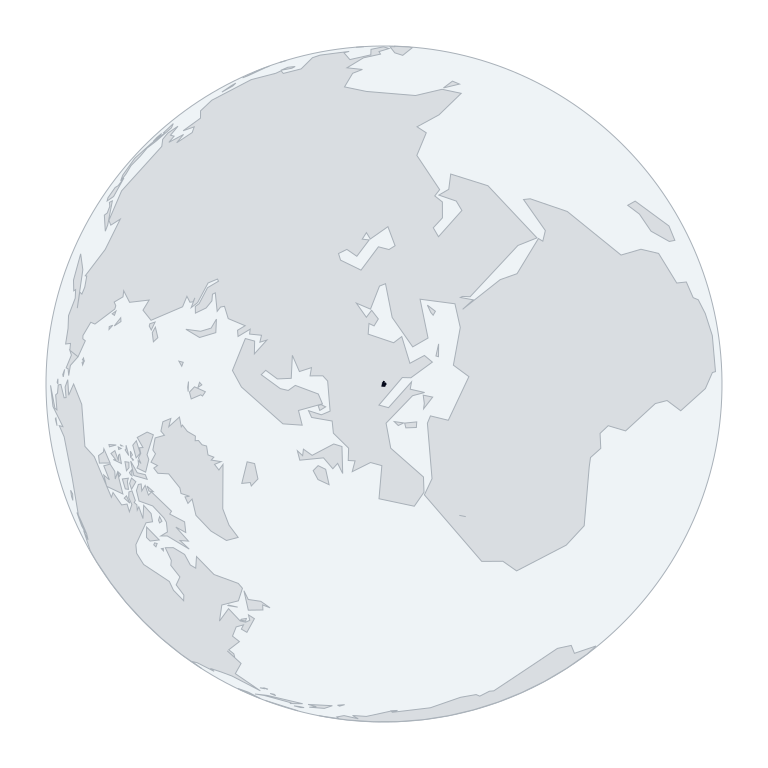 globe centered on Doboj, rotated 268°
{"feature_id": "BIH-4801", "entity_name": "Doboj", "entity_type": "state/province", "adm_level": 1, "iso_a3": "BIH", "parent_name": "Bosnia and Herzegovina", "parent_adm1": "", "projection": "orthographic", "projection_center": [18.222, 44.862], "detail": "fine", "context": "on_globe", "style": "filled", "palette": "ink", "viewbox_px": 768, "rotation_deg": 268, "n_neighbors": 0, "source": "natural_earth", "source_scale": "10m", "svg_char_len": 11510}
<svg xmlns="http://www.w3.org/2000/svg" viewBox="0 0 768 768"><g transform="rotate(268 384 384)"><circle cx="384" cy="384" r="338" fill="#eef3f6" stroke="#a8b0b8"/><path d="M216.4,90.6L227.6,84.6L248.1,78.7L238.6,82.8L244.7,81.6L257.0,76.8L263.6,74.0L301.0,69.1L342.4,62.5L353.7,58.0L352.6,61.6L373.0,52.4L394.3,50.7L371.2,54.3L369.6,56.2L384.6,55.5L386.2,57.4L394.4,58.4L394.9,61.0L381.4,63.8L381.5,65.8L392.1,65.2L399.4,68.1L383.8,68.5L394.8,73.8L374.2,81.2L332.1,82.9L321.5,91.9L280.3,107.6L285.0,109.4L272.3,117.6L273.0,123.0L265.2,125.1L272.4,127.8L279.4,124.9L285.0,125.3L286.0,128.4L276.2,131.4L274.3,130.2L271.9,132.8L266.6,133.0L269.8,134.7L257.9,138.4L271.1,139.6L262.7,146.7L254.4,147.9L253.6,141.3L232.1,130.4L223.4,130.9L212.0,137.5L194.1,162.6L185.2,166.4L174.4,176.2L180.0,176.6L190.5,169.3L198.3,173.3L210.2,164.6L215.1,165.3L228.0,159.7L227.8,167.7L220.6,178.8L209.9,184.1L206.5,189.4L218.1,190.6L199.5,207.5L189.8,231.4L184.8,235.4L172.4,230.9L168.8,214.2L152.8,211.3L164.9,220.8L152.2,232.0L150.8,237.4L152.5,241.6L158.0,240.5L154.0,246.3L140.6,238.3L144.0,232.9L148.2,235.2L146.4,227.8L137.3,223.8L131.6,230.5L123.8,219.6L119.6,224.5L115.6,225.4L122.8,218.0L109.7,231.4L99.7,225.3L81.7,249.7L97.5,221.8L102.0,210.9L105.8,200.6L102.8,204.2L112.0,187.5L113.4,182.4L105.9,192.0L121.0,171.8L137.5,152.8L155.5,135.1L174.6,118.7L195.0,103.9L216.4,90.6ZM83.3,229.8L82.8,230.7L84.8,227.5L80.8,237.6L73.9,249.6L83.3,229.8ZM72.0,254.1L64.7,274.5L60.4,286.7L72.0,254.1ZM54.9,307.3L53.9,312.1L51.2,327.2L52.9,325.2L54.0,332.5L50.3,346.6L53.8,341.0L52.4,354.8L56.9,379.7L55.6,380.9L58.8,419.0L68.2,449.5L70.4,465.2L68.7,468.8L73.3,478.7L73.5,483.0L97.2,521.5L113.7,548.1L116.2,562.0L108.2,564.9L114.8,586.8L107.2,577.8L93.4,556.4L81.2,534.0L70.8,510.8L62.1,486.8L55.3,462.3L50.3,437.3L47.2,412.0L46.1,386.5L46.9,361.1L49.5,335.8L51.7,323.0L53.3,314.9L53.1,315.5L54.9,307.3ZM76.9,256.3L67.3,291.6L67.9,279.3L68.7,279.8L72.1,269.0L76.9,253.5L78.7,244.2L76.9,256.3ZM83.5,254.4L84.7,249.4L84.2,253.4L83.5,254.4ZM266.3,72.6L257.0,76.6L245.4,80.6L252.8,76.9L266.3,72.6ZM288.8,67.1L284.9,69.0L278.5,69.0L282.7,67.8L288.8,67.1ZM361.5,54.9L353.7,55.8L360.7,54.3L361.5,54.9ZM395.4,58.1L397.1,57.4L400.6,58.3L395.4,58.1ZM227.2,155.8L227.5,157.7L225.0,157.7L227.2,155.8ZM232.5,151.7L229.2,150.4L231.3,148.3L233.2,149.2L232.5,151.7ZM404.7,63.3L409.8,65.4L402.3,63.7L404.7,63.3ZM236.0,153.9L235.2,144.8L238.9,141.3L249.3,141.8L236.0,153.9ZM411.2,66.9L423.8,72.6L428.7,71.2L421.9,79.2L413.5,71.2L403.4,69.2L410.2,68.8L411.2,66.9ZM281.2,122.7L273.8,125.8L279.0,120.4L281.2,122.7ZM283.2,119.2L291.4,103.3L302.9,100.7L297.8,106.2L312.0,101.1L313.5,107.5L306.1,111.9L298.4,112.1L304.9,114.5L283.2,119.2ZM416.2,83.0L417.2,85.1L413.5,83.5L416.2,83.0ZM287.6,125.0L288.2,121.8L298.2,119.2L298.8,125.2L295.4,124.1L287.6,125.0ZM314.9,96.8L322.4,96.2L325.8,101.2L329.1,101.8L314.6,107.5L314.9,96.8ZM293.6,126.3L298.8,128.4L295.0,132.6L287.6,128.0L293.6,126.3ZM300.6,116.1L305.4,115.3L302.9,117.7L300.6,116.1ZM284.5,149.7L285.1,145.4L290.3,143.6L284.5,149.7ZM301.0,129.0L302.3,127.5L304.4,126.5L306.9,128.8L301.0,129.0ZM317.9,110.8L317.7,113.2L324.1,108.7L326.8,112.7L316.6,115.9L322.1,116.2L323.0,117.4L313.7,118.8L317.9,110.8ZM315.9,128.1L303.9,134.3L301.7,142.3L297.0,144.0L301.3,130.8L315.9,128.1ZM315.4,122.4L314.7,126.3L309.2,126.2L306.3,123.6L315.4,122.4ZM332.4,114.3L330.8,107.4L333.1,107.0L332.4,114.3ZM316.4,130.4L319.3,128.9L316.9,131.0L316.4,130.4ZM328.7,119.1L327.8,116.6L330.4,116.2L328.7,119.1ZM325.8,128.2L321.9,130.1L319.8,128.2L325.8,128.2ZM328.0,124.0L331.8,124.1L321.4,126.4L327.2,123.0L328.0,124.0ZM331.3,119.2L332.6,118.1L331.3,120.3L331.3,119.2ZM335.9,134.5L323.3,137.9L318.8,133.7L331.6,130.8L335.9,134.5ZM216.6,560.5L192.6,510.0L202.7,496.6L203.3,475.5L271.8,420.5L287.7,428.7L343.3,426.0L350.5,429.3L345.5,447.0L388.4,469.1L400.4,454.0L437.8,462.2L461.7,457.7L467.5,423.0L428.4,429.6L420.1,414.0L450.2,394.5L484.2,389.0L482.0,382.9L459.3,373.1L465.8,359.2L451.3,368.7L458.1,374.2L449.2,380.6L442.4,376.1L445.0,371.1L434.4,369.9L424.9,395.1L430.8,403.4L403.8,410.6L411.1,425.4L404.2,433.1L389.3,411.1L389.8,402.5L363.1,378.2L360.2,387.7L385.2,411.6L377.9,410.0L374.1,424.3L371.3,412.1L344.8,384.7L319.6,388.5L289.7,420.2L274.5,420.2L260.8,410.0L269.5,375.0L302.5,379.0L306.0,367.8L297.5,349.2L308.2,352.4L308.8,345.6L321.1,346.4L336.6,331.7L348.8,330.9L353.1,310.5L360.0,307.6L355.4,320.3L358.8,329.2L388.9,327.8L394.3,323.2L394.7,310.4L402.9,312.1L399.4,299.9L415.9,293.4L392.9,291.5L392.8,277.6L401.8,266.3L397.6,261.6L383.0,280.2L380.9,288.1L385.7,295.3L376.3,318.0L366.3,321.8L360.5,297.6L345.7,300.8L347.7,281.6L386.0,241.4L402.8,233.0L434.3,247.0L431.4,256.2L418.6,255.5L432.0,268.5L430.1,261.4L437.0,263.3L438.6,251.4L443.5,252.2L436.6,239.8L442.8,239.5L447.1,247.3L454.8,230.6L467.2,227.3L466.6,223.3L462.4,219.8L481.0,218.6L479.7,215.7L473.1,214.9L466.2,208.9L461.4,198.0L468.1,198.1L470.7,202.0L486.4,211.0L492.5,222.2L494.7,221.2L491.1,211.7L471.9,200.6L467.1,194.0L476.7,198.0L472.8,196.0L472.5,192.9L478.5,190.1L468.2,185.4L455.8,153.4L466.2,145.7L476.1,152.2L474.5,132.6L486.3,127.1L480.2,126.2L475.3,117.2L471.6,118.7L468.3,117.6L454.0,97.2L455.9,93.1L442.9,84.8L439.7,84.6L437.6,87.0L421.9,79.2L428.7,71.2L435.5,72.1L435.1,67.2L450.6,70.2L463.3,71.1L480.5,78.4L489.1,79.1L487.9,77.2L498.6,77.3L524.7,85.4L508.7,87.0L470.5,80.1L486.5,83.2L484.4,85.2L491.1,88.3L502.2,90.7L502.6,89.2L528.2,110.1L558.0,126.2L552.3,116.5L557.2,114.8L586.2,128.5L629.2,170.2L636.3,171.4L642.4,176.8L648.8,187.1L640.1,179.3L639.0,182.9L633.0,177.4L640.4,192.4L632.3,185.2L642.0,201.1L647.6,203.3L644.1,192.1L656.1,209.9L663.4,210.2L673.6,221.8L692.8,261.9L698.3,286.7L700.6,292.1L697.9,294.2L701.8,312.2L712.6,323.9L714.9,331.6L717.6,360.8L716.4,355.6L709.4,361.2L713.4,382.3L718.9,382.7L721.0,395.2L719.1,400.8L716.4,390.6L713.8,392.0L710.7,374.9L701.3,358.0L699.1,373.4L695.6,363.5L682.3,354.9L677.0,376.6L671.2,425.6L676.5,452.3L671.8,471.3L651.1,448.4L639.9,426.0L633.6,435.0L611.3,424.8L576.3,446.4L570.2,441.3L563.9,448.7L548.0,448.2L538.4,438.7L529.3,443.6L554.7,467.9L564.3,462.6L570.9,445.4L576.3,455.5L591.5,458.0L578.5,494.8L524.7,542.0L517.8,522.7L468.2,473.1L468.8,465.5L468.5,464.8L467.8,463.4L465.0,476.1L455.9,465.2L484.2,503.7L489.6,520.8L524.0,543.4L521.2,547.7L531.7,550.6L563.5,529.9L564.0,536.6L550.0,573.2L504.6,625.4L509.7,645.5L504.9,663.0L474.7,680.1L475.4,689.7L459.5,696.0L457.2,701.0L443.3,707.5L420.9,713.8L384.8,715.7L384.0,712.6L368.2,705.0L346.9,679.6L357.6,666.3L355.0,654.5L328.7,623.8L334.5,606.6L327.1,598.2L312.1,598.4L303.3,587.8L294.1,586.2L235.3,579.1L216.6,560.5ZM250.1,454.7L248.6,461.1L250.1,454.7ZM521.8,399.9L541.1,393.4L529.4,375.4L535.9,371.7L529.5,367.3L528.5,374.2L512.6,361.3L519.8,351.6L516.0,343.1L509.3,344.9L498.6,365.0L521.3,383.2L518.2,393.7L521.8,399.9ZM57.2,380.3L57.3,386.1L56.2,382.1L57.2,380.3ZM65.5,282.8L64.6,288.2L63.4,292.9L63.5,289.7L65.5,282.8ZM64.6,326.3L64.9,333.5L63.6,328.4L64.6,326.3ZM66.4,296.9L64.3,321.2L61.9,313.1L63.6,298.0L63.9,305.1L66.4,296.9ZM78.7,259.4L77.7,263.5L76.3,264.9L78.7,259.4ZM83.1,257.4L83.1,256.3L84.7,252.9L83.1,257.4ZM153.0,232.4L153.9,233.2L154.5,238.3L152.0,237.4L153.0,232.4ZM171.1,253.3L164.3,262.3L167.4,255.0L162.4,255.1L162.7,240.5L182.3,236.8L173.4,240.8L171.1,253.3ZM168.5,220.9L166.1,230.0L168.0,220.3L168.5,220.9ZM299.9,310.2L304.7,315.3L300.8,322.7L285.3,325.6L290.8,314.7L299.9,310.2ZM312.3,321.0L310.8,297.2L320.3,295.1L315.2,300.2L321.7,301.2L315.2,309.7L325.8,331.7L323.0,339.8L296.0,339.6L306.3,334.9L301.1,329.9L312.3,321.0ZM290.2,246.9L289.6,238.4L311.0,244.5L309.0,251.9L293.5,254.7L286.7,247.8L290.2,246.9ZM254.6,157.3L253.0,154.9L255.7,153.9L259.3,155.1L254.6,157.3ZM284.3,147.8L264.3,167.2L261.5,165.3L253.2,179.9L242.5,180.7L248.3,171.0L233.8,183.1L234.7,174.7L225.8,183.6L239.7,162.1L239.9,155.6L243.7,162.4L253.5,161.7L257.8,159.4L270.2,148.6L275.6,135.1L286.2,132.9L292.2,135.0L292.6,137.8L285.6,138.2L291.0,141.8L281.2,144.7L284.3,147.8ZM357.0,169.8L348.8,167.4L358.1,178.4L348.3,179.9L350.0,181.1L343.5,185.8L338.5,193.7L333.9,193.3L334.0,196.6L329.6,200.0L328.2,204.5L319.3,205.6L316.8,211.4L314.0,208.7L312.1,218.5L309.6,211.8L303.8,216.0L309.3,220.3L264.9,218.5L248.3,224.2L235.8,232.9L233.1,221.1L243.1,205.9L259.3,191.5L275.7,188.2L271.5,183.9L278.1,181.2L278.6,185.7L281.7,177.3L287.3,176.4L301.7,165.7L302.7,154.8L308.0,151.0L310.4,154.8L314.0,148.4L322.2,153.2L326.1,150.7L338.1,153.4L340.4,162.8L344.7,159.4L354.0,161.7L357.0,169.8ZM339.2,135.5L344.2,145.6L341.3,151.7L321.6,144.7L316.9,146.3L304.2,142.7L308.7,134.2L311.9,135.9L316.1,135.6L313.0,138.4L318.6,136.0L323.2,138.5L328.8,137.4L328.9,140.9L339.2,135.5ZM357.8,422.7L363.2,423.6L371.5,422.8L369.2,432.2L357.8,422.7ZM339.4,404.3L344.2,403.3L345.0,415.4L339.4,414.8L339.4,404.3ZM346.1,392.9L344.4,402.3L342.0,396.8L346.1,392.9ZM359.8,318.9L364.8,317.4L365.6,320.4L363.2,324.9L359.8,318.9ZM382.5,205.2L378.3,202.2L379.6,200.5L375.8,190.8L382.7,189.3L387.8,194.5L382.5,205.2ZM461.3,430.1L454.9,437.9L451.0,435.5L454.0,433.2L461.3,430.1ZM410.2,436.9L422.2,440.0L409.4,439.4L410.2,436.9ZM389.5,201.9L387.1,198.0L392.1,199.7L389.5,201.9ZM387.6,187.7L393.3,188.7L383.2,188.0L387.6,187.7ZM558.0,641.4L532.0,674.3L517.4,679.7L516.5,674.1L527.4,656.2L544.9,645.2L554.1,633.8L558.0,641.4ZM719.9,421.0L719.1,424.0L711.8,414.2L714.6,406.3L720.9,401.8L720.7,406.9L721.2,405.8L719.9,421.0ZM721.8,375.7L721.6,369.6L721.5,367.7L721.8,375.7ZM677.8,453.7L684.3,463.0L681.1,469.9L677.8,453.7ZM710.7,297.8L708.9,291.0L709.1,291.6L710.7,297.8ZM705.7,280.5L705.3,279.6L704.3,276.4L705.1,278.9L705.7,280.5ZM703.9,299.0L704.4,306.3L702.8,303.0L701.1,291.8L703.9,299.0ZM681.4,232.2L687.6,242.0L689.9,246.4L687.1,243.3L681.4,232.2ZM445.6,187.9L443.1,202.6L445.9,213.2L454.7,218.8L441.2,217.7L436.9,201.3L445.6,187.9ZM453.9,157.4L446.1,153.3L450.1,151.4L452.4,152.1L453.9,157.4ZM448.8,157.5L438.2,159.6L434.2,155.0L443.4,154.2L448.8,157.5ZM414.0,179.8L412.7,184.1L408.8,182.5L414.0,179.8ZM703.4,273.7L704.4,276.9L696.9,259.1L694.9,253.3L701.5,268.6L703.4,273.7ZM642.1,170.5L638.3,167.3L634.5,161.8L638.2,165.5L642.1,170.5ZM618.3,142.8L632.2,159.4L642.7,173.9L642.9,172.6L651.6,182.5L647.4,180.5L634.8,164.9L628.0,155.4L620.2,148.4L611.1,138.8L602.5,133.2L596.3,127.9L602.0,130.3L618.3,142.8ZM599.0,131.3L580.8,120.3L576.6,113.7L579.7,114.6L589.8,122.2L591.4,125.2L599.0,131.3ZM575.1,115.9L576.5,118.9L552.5,113.4L546.4,110.8L562.5,110.4L564.6,113.4L571.2,116.2L575.1,115.9ZM420.5,84.6L417.5,85.1L418.7,83.4L420.5,84.6ZM466.3,118.7L462.0,117.0L463.6,114.8L466.3,118.7ZM451.0,111.4L452.2,115.0L448.1,111.1L451.0,111.4ZM455.6,123.3L451.4,116.4L459.4,123.2L455.6,123.3Z" fill="#d9dde1" stroke="#a8b0b8" stroke-width="1"/><path d="M382.1,382.5L382.3,382.8L382.6,382.7L382.8,382.6L383.0,382.3L383.5,382.5L383.7,382.8L383.8,382.9L383.9,383.0L384.0,383.1L384.2,383.3L384.4,383.3L384.5,383.3L384.5,383.2L384.8,382.9L385.0,382.7L385.1,382.8L385.1,383.0L385.3,383.3L385.6,383.5L385.8,383.5L386.0,383.6L386.1,383.8L386.3,383.8L386.2,384.1L385.8,383.9L385.6,383.9L385.4,384.0L385.2,384.0L385.1,383.9L385.1,383.7L384.7,383.7L384.5,383.8L384.4,384.2L384.3,384.4L384.1,384.4L383.8,384.4L383.6,384.4L383.4,384.4L383.4,384.5L383.5,384.8L383.8,385.0L384.0,385.0L384.4,385.2L384.6,385.2L384.7,385.4L384.7,385.5L384.3,385.7L383.9,385.7L383.6,385.7L383.4,385.2L383.1,384.8L382.7,384.8L382.3,384.9L382.1,384.8L382.0,384.6L381.9,384.3L381.9,383.9L382.0,383.7L382.1,383.3L382.0,383.0L382.0,382.8L382.1,382.5Z" fill="#0f172a" stroke="#020617" stroke-width="1.5"/></g></svg>